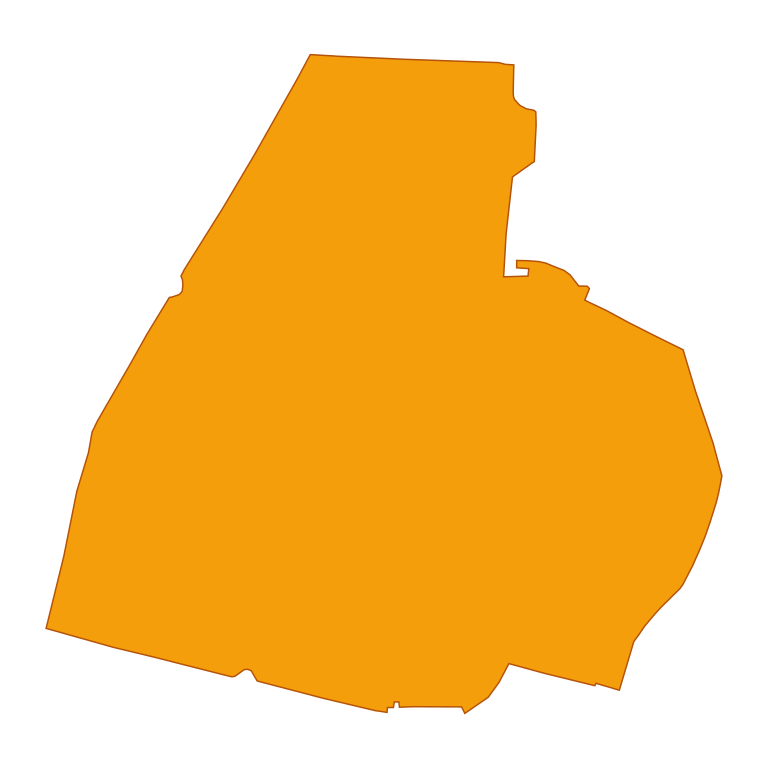 outline of Abdin, Al Qahirah, Egypt
{"feature_id": "37247803B10880133914548", "entity_name": "Abdin", "entity_type": "district", "adm_level": 2, "iso_a3": "EGY", "parent_name": "Egypt", "parent_adm1": "Al Qahirah", "projection": "orthographic", "projection_center": [31.247, 30.046], "detail": "fine", "context": "isolated", "style": "filled", "palette": "amber", "viewbox_px": 768, "rotation_deg": 0, "n_neighbors": 0, "source": "geoboundaries", "source_scale": "gbopen_adm2", "svg_char_len": 1873}
<svg xmlns="http://www.w3.org/2000/svg" viewBox="0 0 768 768"><path d="M505.5,64.4L498.7,62.6L404.9,59.3L338.9,56.3L336.7,56.2L334.4,56.0L310.3,54.6L297.1,79.2L254.4,154.8L222.9,208.0L184.3,269.6L181.0,276.1L182.4,279.7L182.5,280.4L182.9,285.1L182.2,291.2L180.8,292.9L179.4,294.5L172.5,296.9L170.9,297.2L169.3,297.5L146.9,334.3L129.9,364.7L97.6,420.7L95.3,425.3L94.1,428.0L92.1,432.0L88.5,452.5L76.8,491.4L63.9,555.9L46.1,628.4L113.6,647.4L153.5,657.0L188.9,666.0L231.6,676.8L233.2,676.6L234.9,676.3L237.0,674.8L244.2,669.6L247.6,669.3L251.2,670.7L257.2,681.0L323.7,698.4L375.6,710.7L380.8,711.4L387.0,712.4L387.3,708.5L387.4,707.6L389.7,707.5L393.4,707.5L393.7,705.8L394.3,701.9L398.9,702.0L399.2,705.0L399.4,707.2L412.9,706.7L461.6,706.9L463.2,710.1L464.8,713.4L488.2,697.3L499.0,682.4L508.9,663.6L544.7,673.4L594.9,685.7L595.4,684.5L595.9,683.3L619.3,690.2L633.8,641.6L636.6,637.7L638.5,635.2L644.7,626.1L654.6,614.3L660.9,607.4L663.9,604.4L667.0,601.4L673.2,595.2L679.7,588.9L682.8,584.6L686.6,577.3L692.8,565.4L694.4,561.7L696.0,558.0L699.5,550.3L705.4,535.7L710.1,522.1L716.3,502.3L717.5,497.6L718.6,492.9L721.0,480.9L721.4,478.4L721.9,475.9L715.7,453.0L714.4,448.0L713.0,442.9L695.5,391.2L684.6,354.9L683.9,352.4L683.1,349.8L659.6,338.2L649.8,333.3L628.5,322.5L606.7,310.7L588.6,302.1L586.7,301.1L584.8,300.0L587.7,292.9L589.4,288.6L588.3,287.4L587.2,286.2L583.9,286.1L578.8,286.1L577.4,284.3L576.0,282.5L570.0,274.8L567.1,272.7L564.2,270.5L552.7,266.0L545.8,263.1L542.4,262.4L539.1,261.6L527.6,260.7L516.7,260.5L516.7,267.8L523.8,268.3L528.8,268.6L528.0,276.1L503.6,276.8L506.1,233.8L512.5,176.9L532.0,163.0L533.2,162.3L534.3,161.6L536.1,125.7L536.0,118.6L535.8,111.9L533.9,110.3L526.3,108.8L523.5,107.3L520.4,105.7L518.4,103.9L514.4,99.3L513.4,96.1L513.3,93.6L513.2,91.9L513.8,64.9L507.7,64.5L505.5,64.4Z" fill="#f59e0b" stroke="#b45309" stroke-width="1.5"/></svg>